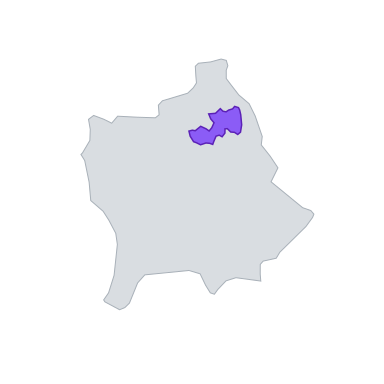 Kosovo, with Kosovska Mitrovica highlighted, rotated 20°
{"feature_id": "KOS-5894", "entity_name": "Kosovska Mitrovica", "entity_type": "District", "adm_level": 1, "iso_a3": "XKX", "parent_name": "Kosovo", "parent_adm1": "", "projection": "mercator", "projection_center": [20.905, 42.931], "detail": "fine", "context": "in_parent", "style": "filled", "palette": "violet", "viewbox_px": 384, "rotation_deg": 20, "n_neighbors": 0, "source": "natural_earth", "source_scale": "10m", "svg_char_len": 1545}
<svg xmlns="http://www.w3.org/2000/svg" viewBox="0 0 384 384"><g transform="rotate(20 192 192)"><path d="M114.5,140.6L132.2,134.8L134.7,130.7L130.7,121.9L133.0,116.4L154.1,100.7L157.6,93.6L158.9,88.0L156.1,82.0L152.1,72.7L154.0,68.8L165.0,63.4L173.9,57.1L179.2,56.6L182.5,61.1L182.5,65.8L185.4,73.7L191.9,77.9L202.8,84.8L215.5,89.5L225.4,99.0L239.0,115.8L241.0,124.1L253.2,131.6L264.5,139.9L262.8,155.4L301.3,168.9L310.0,168.8L314.1,171.1L314.0,174.7L310.9,185.4L295.1,218.6L293.8,225.4L282.5,232.6L280.9,236.7L284.2,245.9L287.1,252.2L286.9,252.2L262.6,257.5L254.4,263.8L249.6,274.7L248.0,280.4L243.7,280.5L236.6,274.9L227.6,266.1L215.9,266.8L176.0,286.0L172.0,296.0L171.2,317.8L168.4,323.6L164.2,327.4L147.7,325.0L145.9,323.6L148.1,315.3L147.3,297.0L139.8,266.8L134.5,256.9L123.6,247.0L115.1,240.5L99.8,234.7L92.0,218.0L80.4,199.1L74.8,194.7L75.7,192.8L78.4,178.5L75.0,168.0L69.9,159.1L73.4,153.7L84.1,153.8L93.0,154.8L96.2,146.2L114.5,140.6Z" fill="#d9dde1" stroke="#a8b0b8" stroke-width="1"/><path d="M206.8,96.8L208.7,98.6L211.3,102.6L215.7,111.9L217.1,119.2L215.3,122.3L211.5,121.4L207.9,122.4L203.5,120.4L201.4,121.4L202.8,125.4L201.4,129.8L198.1,129.3L195.5,131.3L195.2,137.3L195.2,140.2L191.9,140.2L188.3,141.2L183.9,144.7L179.2,144.2L176.3,144.2L171.2,140.2L168.3,135.8L171.2,133.8L174.1,133.3L177.7,127.3L183.6,127.8L187.2,128.8L188.6,124.9L189.0,119.4L184.6,116.9L181.0,112.9L187.2,110.0L190.1,104.0L193.4,105.5L196.6,105.0L198.4,102.5L201.7,100.0L202.8,97.0L206.8,96.8Z" fill="#8b5cf6" stroke="#5b21b6" stroke-width="1.5"/></g></svg>